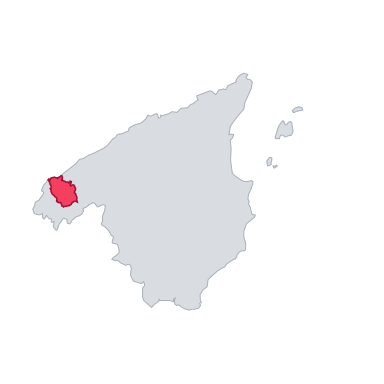 Spain, with Lugo highlighted, rotated 323°
{"feature_id": "ESP-5832", "entity_name": "Lugo", "entity_type": "Autonomous Community", "adm_level": 1, "iso_a3": "ESP", "parent_name": "Spain", "parent_adm1": "", "projection": "robinson", "projection_center": [-7.286, 43.039], "detail": "fine", "context": "in_parent", "style": "filled", "palette": "rose", "viewbox_px": 384, "rotation_deg": 323, "n_neighbors": 0, "source": "natural_earth", "source_scale": "10m", "svg_char_len": 6247}
<svg xmlns="http://www.w3.org/2000/svg" viewBox="0 0 384 384"><g transform="rotate(323 192 192)"><path d="M203.2,104.1L203.2,105.0L204.9,106.6L209.7,107.6L211.0,108.3L210.8,110.6L209.7,112.5L210.8,113.4L211.9,113.3L213.3,111.8L213.6,112.8L215.9,113.8L220.8,115.5L224.3,115.8L227.9,119.3L233.7,118.6L239.0,122.0L243.9,121.3L245.0,121.9L252.6,122.0L252.9,119.2L253.8,118.1L267.1,122.0L268.8,124.3L268.6,125.5L269.4,128.3L271.1,128.2L274.5,126.6L279.1,128.6L280.3,130.3L281.3,130.4L284.6,128.7L293.8,130.7L294.1,129.4L294.8,129.0L298.5,127.8L300.1,127.5L305.0,128.4L305.7,130.0L306.7,130.6L307.1,132.0L304.3,132.8L304.1,135.1L306.0,137.1L306.4,140.6L301.6,145.0L287.9,152.5L283.4,156.9L273.0,159.2L262.3,162.5L256.0,168.5L257.7,169.0L259.7,171.0L259.1,171.9L256.3,173.3L253.7,173.7L249.3,181.0L242.9,188.6L240.6,192.1L235.7,201.0L235.7,203.6L238.5,212.5L240.0,214.9L242.1,216.8L246.1,218.5L247.1,220.1L245.8,221.7L242.0,224.5L235.3,228.3L232.5,231.2L231.9,234.1L230.0,235.4L229.3,239.4L226.7,245.0L226.6,246.4L228.7,248.5L226.7,249.7L216.2,250.2L209.8,254.6L206.6,258.5L203.8,265.7L200.3,269.9L198.8,270.7L196.3,268.8L193.2,268.5L190.3,269.2L188.7,270.6L186.3,271.5L183.9,270.8L178.8,270.4L176.5,270.4L172.9,271.6L169.8,270.8L164.6,270.4L153.4,271.4L152.0,271.8L147.1,276.7L141.6,276.8L136.7,278.8L133.5,283.5L132.8,286.0L131.9,285.4L131.1,285.6L130.7,287.6L127.3,288.8L123.5,287.2L120.3,284.9L118.7,284.7L115.9,281.0L114.8,278.7L113.9,276.2L113.8,274.4L111.4,273.4L110.9,271.1L112.6,268.1L114.9,266.5L112.7,266.6L111.2,268.5L109.2,265.4L101.0,259.4L101.4,257.3L100.1,258.9L99.1,259.3L95.0,259.1L90.2,259.8L88.2,249.6L89.4,246.0L94.7,239.0L98.1,238.1L99.5,234.5L96.4,234.7L91.5,227.7L92.8,221.3L97.6,216.4L98.4,214.5L98.6,212.7L97.7,211.4L95.0,210.7L92.3,205.6L91.7,202.4L89.4,200.6L87.5,197.5L89.2,197.0L96.1,197.0L97.8,196.2L99.0,194.0L100.4,190.6L100.7,188.4L98.0,185.4L97.9,184.8L98.2,183.8L102.4,180.4L101.5,177.9L102.2,172.7L101.9,169.6L101.4,167.1L100.0,163.9L100.9,162.5L103.1,161.4L104.8,158.7L107.3,156.5L110.6,154.7L114.5,150.8L113.9,149.1L112.5,148.1L107.8,147.3L107.4,146.6L107.5,142.3L106.2,140.6L104.5,140.8L101.9,140.1L101.2,140.5L97.9,140.4L95.5,139.7L94.5,140.3L94.2,141.8L90.3,143.3L88.1,143.3L84.4,142.0L80.3,142.4L79.8,142.1L76.3,143.8L75.1,143.9L73.6,141.8L75.6,138.7L73.9,135.9L72.8,135.8L66.2,137.9L62.4,140.6L60.9,141.0L60.4,140.5L60.2,136.6L64.2,132.4L61.7,132.1L61.8,130.9L63.5,128.9L61.8,127.5L61.8,123.2L58.3,124.6L57.4,124.4L57.3,122.7L59.5,119.3L57.2,118.9L55.5,117.6L53.4,114.9L53.4,113.4L54.5,109.9L57.7,108.3L60.7,105.9L64.9,106.4L71.1,104.4L73.3,103.3L73.2,101.9L72.5,100.8L73.2,99.8L78.2,97.0L81.3,96.7L84.4,95.2L86.5,96.2L88.3,95.9L90.4,96.9L93.2,99.5L97.2,100.5L100.4,99.7L116.9,99.5L121.6,98.2L125.2,99.8L132.3,100.5L136.5,101.8L148.3,103.9L152.5,103.9L161.0,101.8L163.3,102.4L166.7,101.3L168.3,101.6L170.5,103.0L178.0,105.0L179.9,103.3L181.4,103.0L186.8,104.0L192.3,106.1L195.1,106.3L199.2,105.7L203.2,104.1ZM306.8,194.3L308.8,195.1L310.8,194.3L311.9,194.6L313.0,195.0L313.4,196.6L309.2,204.4L305.8,206.5L302.1,204.8L300.1,204.4L299.4,203.8L298.8,201.3L297.9,200.5L296.5,200.1L293.8,202.1L292.9,200.8L291.6,200.5L291.1,199.7L291.0,198.7L299.3,192.6L301.7,191.3L306.9,189.7L307.7,190.0L307.0,190.9L307.8,191.8L306.8,194.3ZM330.6,191.1L329.9,193.2L323.5,190.3L321.4,190.0L320.9,189.6L321.0,187.4L325.2,187.1L328.7,188.2L330.6,191.1ZM272.6,216.1L271.9,217.7L268.7,217.1L268.0,216.5L268.7,214.8L269.5,214.6L269.6,213.3L270.5,212.1L274.9,211.1L275.9,211.9L276.2,213.1L273.6,215.8L272.6,216.1ZM275.9,222.3L275.4,222.7L272.0,222.4L271.9,221.3L272.5,219.9L273.8,221.3L275.8,221.6L275.9,222.3Z" fill="#d9dde1" stroke="#a8b0b8" stroke-width="1"/><path d="M84.4,96.1L84.5,96.2L84.9,96.1L84.9,95.9L85.1,95.7L85.5,95.5L85.6,95.9L86.1,96.7L86.0,97.1L86.5,96.8L86.6,96.4L86.9,96.5L87.1,96.4L87.3,96.2L87.5,96.1L88.3,96.1L88.6,96.2L90.2,97.1L91.0,97.3L92.3,99.4L93.3,99.8L93.2,99.9L93.1,100.0L93.0,100.3L93.4,100.3L93.6,100.2L93.8,100.1L94.1,100.1L94.5,100.2L95.3,100.3L96.5,100.3L96.8,100.1L97.2,100.3L97.5,100.3L97.8,100.5L97.8,101.0L97.7,101.3L97.4,101.6L97.3,101.9L97.5,102.2L97.4,102.4L96.8,102.9L96.5,103.3L96.3,103.5L96.2,103.6L95.9,103.6L95.7,103.5L95.4,103.5L95.2,103.6L95.0,103.9L95.0,104.4L95.0,104.5L95.3,104.8L95.7,104.8L95.8,104.8L95.9,105.0L95.9,105.4L95.9,105.6L96.0,105.9L96.1,106.1L96.2,106.3L96.5,106.6L96.8,106.7L97.0,106.9L97.2,107.9L97.3,108.2L97.4,108.4L97.6,108.5L98.0,108.8L98.3,108.9L98.5,109.1L98.8,109.3L99.0,109.3L99.1,109.6L99.0,110.1L99.0,110.3L99.0,110.5L99.3,110.8L99.6,111.0L99.9,110.8L100.3,110.6L100.5,110.6L100.7,110.3L100.8,110.2L101.0,109.9L101.3,110.1L101.5,110.3L101.8,110.8L101.9,111.1L101.8,111.3L101.1,111.9L100.9,112.0L100.2,112.3L99.8,112.3L99.7,112.3L99.5,112.5L99.4,112.6L99.3,112.8L99.3,113.0L99.2,113.2L99.0,113.3L98.8,113.4L98.7,113.5L98.7,113.8L98.8,114.1L98.9,114.3L99.1,114.4L99.3,114.3L99.3,114.2L99.4,113.7L99.5,113.7L100.0,114.2L100.0,114.3L100.3,114.5L100.5,114.5L100.9,114.5L101.1,114.6L101.6,115.0L101.8,115.5L101.9,116.4L101.7,116.6L101.7,116.9L101.6,117.0L101.3,117.4L101.2,117.7L101.4,118.3L101.4,118.5L101.3,118.8L101.2,119.0L100.6,119.7L100.1,120.3L99.9,120.5L99.7,120.6L99.3,120.5L99.1,120.6L98.7,121.0L98.1,121.2L98.0,121.3L97.8,121.6L97.7,121.8L97.6,122.0L97.7,122.3L97.8,122.6L98.0,122.7L98.1,122.9L98.2,123.1L98.0,123.4L97.8,123.5L97.6,123.6L97.6,123.8L97.6,124.5L97.6,124.8L97.2,125.5L97.2,126.2L97.0,126.6L96.4,127.8L95.6,128.2L95.4,128.5L94.4,131.1L93.3,129.1L93.0,128.9L92.0,128.6L91.1,128.7L90.2,128.1L90.0,128.4L87.9,129.3L86.8,129.0L86.0,129.2L84.0,127.9L83.3,127.9L83.2,127.9L82.6,127.4L81.0,126.6L80.3,126.6L80.4,125.8L80.4,125.6L80.2,125.3L79.6,124.8L80.4,123.4L80.4,122.6L80.5,122.3L80.9,121.8L80.9,121.4L80.7,121.2L80.0,121.0L79.6,120.8L78.7,119.7L78.6,119.4L79.0,118.2L78.3,118.0L78.8,117.2L79.4,116.8L79.6,116.7L80.0,115.9L80.2,115.2L80.2,114.6L79.6,113.0L79.6,112.7L79.7,112.4L79.7,112.2L79.8,112.0L79.1,109.5L79.7,107.9L79.7,107.7L79.6,107.4L79.5,107.2L79.7,106.8L80.4,106.1L80.5,105.8L80.7,104.1L81.6,104.3L81.8,104.2L82.0,103.9L82.2,103.4L82.7,103.1L83.4,101.3L83.4,101.2L83.2,100.7L83.3,100.2L83.7,99.8L83.8,99.7L83.8,99.4L83.8,98.9L83.9,98.7L84.5,98.0L84.2,97.5L84.4,96.1Z" fill="#f43f5e" stroke="#9f1239" stroke-width="1.5"/></g></svg>